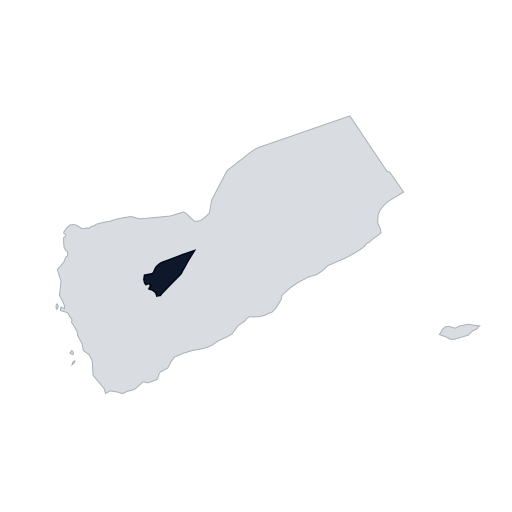 location of Ma'rib, Ma'rib, Yemen, rotated 349°
{"feature_id": "15242507B71405176462371", "entity_name": "Ma'rib", "entity_type": "district", "adm_level": 2, "iso_a3": "YEM", "parent_name": "Yemen", "parent_adm1": "Ma'rib", "projection": "mercator", "projection_center": [45.401, 15.638], "detail": "fine", "context": "in_parent", "style": "filled", "palette": "ink", "viewbox_px": 512, "rotation_deg": 349, "n_neighbors": 0, "source": "geoboundaries", "source_scale": "gbopen_adm2", "svg_char_len": 5425}
<svg xmlns="http://www.w3.org/2000/svg" viewBox="0 0 512 512"><g transform="rotate(349 256 256)"><path d="M413.1,221.4L395.7,227.8L391.1,230.7L387.0,234.2L383.8,238.6L381.7,246.3L383.3,253.3L383.2,257.1L378.7,259.5L374.5,261.3L369.8,264.1L367.0,264.8L364.7,266.9L362.0,268.5L352.3,272.4L341.7,275.5L324.9,279.1L318.4,283.1L312.4,285.8L303.5,286.6L291.1,290.4L284.3,293.4L275.8,298.3L273.9,299.9L272.4,303.5L269.7,306.6L264.6,311.7L260.8,314.3L258.2,314.5L253.2,315.9L247.3,316.2L237.4,314.4L234.8,315.7L232.7,317.6L225.1,321.1L217.3,328.1L211.6,330.0L202.4,332.2L196.0,335.1L191.6,336.2L186.1,336.8L175.8,336.6L166.0,337.6L156.9,339.6L152.7,343.3L147.8,349.2L139.9,351.6L138.1,353.7L135.6,358.1L130.5,359.2L125.8,359.9L121.1,358.0L112.2,363.3L108.8,364.1L103.6,364.3L100.0,365.4L97.4,365.1L94.1,363.1L87.2,360.6L82.1,362.2L81.7,357.3L73.3,342.1L75.1,328.9L75.0,327.0L73.4,321.1L68.4,315.7L68.5,308.9L66.9,304.0L65.5,298.9L66.0,297.6L66.0,296.4L63.5,288.6L62.6,287.0L62.3,285.4L63.1,284.1L63.1,282.7L61.8,280.3L60.3,275.7L53.5,272.2L54.9,268.8L56.2,270.0L58.0,271.0L58.4,268.8L58.4,267.2L55.6,257.1L59.8,243.6L58.4,231.4L64.8,226.4L66.5,224.9L67.4,223.6L68.9,220.8L71.0,219.9L71.7,217.0L71.7,215.5L70.3,214.3L69.3,210.8L69.7,206.5L70.0,204.7L70.7,201.3L72.9,200.1L73.5,199.1L71.7,197.0L71.9,195.8L75.7,192.2L77.2,191.2L79.7,190.1L81.7,190.1L83.9,190.7L85.9,191.7L87.8,193.5L89.9,195.5L93.0,196.3L95.2,196.1L96.9,197.0L98.4,196.5L100.1,195.5L102.8,195.5L105.2,194.4L112.0,193.8L118.6,194.1L125.5,193.2L132.4,193.2L139.4,193.3L140.9,193.5L142.4,194.1L148.3,197.2L152.7,197.8L161.7,198.7L171.2,199.6L179.5,200.4L186.5,199.7L192.3,199.1L193.8,199.2L195.6,201.1L199.1,205.9L202.4,210.4L208.2,210.7L211.9,209.0L216.0,206.6L218.5,204.7L221.4,197.3L223.2,192.6L227.5,187.2L231.1,182.7L235.8,176.7L238.5,173.4L243.7,166.9L248.6,164.3L258.2,159.4L267.5,154.6L273.7,151.5L278.8,150.0L287.6,148.8L297.8,147.3L308.0,145.9L318.9,144.3L331.1,142.6L339.4,141.4L350.1,139.9L358.9,138.6L366.8,137.5L374.9,136.4L376.4,140.0L377.9,143.6L379.5,147.3L381.0,150.9L382.5,154.6L384.0,158.2L385.6,161.8L387.1,165.4L388.6,169.1L390.1,172.7L391.7,176.3L393.2,179.9L394.7,183.5L396.2,187.2L397.8,190.8L399.3,194.4L400.8,197.9L403.3,199.1L404.7,202.4L406.8,207.2L408.9,211.9L411.0,216.7L413.1,221.4ZM436.5,364.4L438.6,364.8L441.8,363.6L451.1,363.5L462.2,367.4L460.1,368.4L458.9,369.8L454.0,371.1L449.1,374.2L434.9,375.6L430.8,374.8L427.4,371.9L421.0,368.1L423.5,365.6L424.1,364.5L425.0,363.5L428.6,361.6L432.2,361.9L436.5,364.4ZM58.0,317.1L57.5,317.9L56.9,317.7L54.8,315.8L57.1,313.7L58.4,315.7L58.0,317.1ZM51.2,269.6L50.1,270.4L49.8,269.1L50.5,265.9L51.6,265.0L52.4,267.3L51.9,268.6L51.2,269.6ZM56.9,326.6L54.6,327.7L56.2,324.9L57.8,324.3L58.2,324.4L56.9,326.6Z" fill="#d9dde1" stroke="#a8b0b8" stroke-width="1"/><path d="M142.9,253.5L142.8,253.8L142.7,254.0L142.6,254.3L142.5,254.5L142.4,254.8L142.4,255.0L142.3,255.3L142.2,255.4L142.2,255.5L142.0,255.9L142.0,256.0L141.9,256.2L141.9,256.3L141.9,256.5L141.8,256.8L141.7,256.9L141.6,257.1L141.6,257.3L141.5,257.5L141.5,257.8L141.4,257.8L141.4,258.0L141.4,258.3L141.5,258.5L141.5,258.8L141.5,259.0L141.5,259.3L141.5,259.5L141.5,259.8L141.5,260.0L141.5,260.3L141.5,260.5L141.5,260.8L141.6,261.0L141.7,261.3L141.7,261.5L141.8,261.6L141.8,261.8L141.9,262.0L142.0,262.3L142.1,262.5L142.3,262.8L142.3,263.0L142.5,263.1L142.8,263.1L143.0,263.1L143.4,263.1L143.6,263.0L143.9,262.9L144.1,262.8L144.3,262.7L144.5,262.6L144.8,262.6L145.0,262.6L145.3,262.7L145.4,262.8L145.5,262.8L145.8,263.0L146.0,263.2L146.1,263.3L146.2,263.5L146.3,263.6L146.5,263.8L146.5,263.7L146.8,263.7L146.8,263.8L146.8,264.0L147.0,264.0L147.0,263.9L147.3,263.8L147.2,263.9L147.1,264.0L147.1,264.4L147.2,264.5L147.3,264.6L147.4,264.8L147.5,264.9L147.5,265.1L147.3,265.4L147.2,265.5L147.2,265.4L146.9,265.4L146.5,265.3L146.5,265.5L146.5,265.8L146.3,265.8L146.2,265.9L146.2,266.0L145.9,266.2L145.8,266.3L145.8,266.5L145.7,266.6L145.4,266.6L145.4,266.8L145.4,267.1L145.4,267.3L145.2,267.5L145.0,267.8L144.9,267.8L144.8,268.0L144.7,268.0L144.8,268.2L145.0,268.3L145.3,268.4L145.5,268.5L145.8,268.6L146.0,268.7L146.1,268.8L146.3,268.9L146.5,268.9L146.6,269.0L146.8,269.1L147.0,269.2L147.1,269.3L147.3,269.4L147.4,269.5L147.5,269.6L147.7,269.8L147.8,269.8L148.0,269.9L148.0,270.0L148.3,270.2L148.4,270.3L148.5,270.4L148.6,270.5L148.8,270.7L148.8,270.8L149.0,271.0L149.3,271.3L149.5,271.5L149.8,271.8L149.9,272.0L150.0,272.1L150.0,272.3L150.1,272.5L150.3,272.7L150.3,272.8L150.4,273.0L150.5,273.1L150.5,273.3L150.6,273.5L150.6,273.8L150.7,274.0L150.7,274.3L150.8,274.5L150.8,274.8L150.9,275.0L150.9,275.3L150.9,275.5L151.0,275.6L150.9,276.4L151.4,276.4L152.3,276.4L154.8,276.5L154.8,276.4L154.9,276.2L155.0,275.9L156.3,275.0L157.8,273.9L161.7,271.2L162.9,270.3L166.1,268.1L168.3,266.6L174.4,262.4L177.9,260.0L179.0,259.2L179.3,258.9L181.4,256.2L184.3,252.9L185.0,252.0L187.3,249.2L189.6,246.5L189.9,246.2L190.1,246.0L196.7,238.9L184.1,240.6L178.8,241.6L168.9,243.3L167.2,243.6L164.1,244.0L163.6,244.1L162.6,244.3L161.8,244.5L161.3,244.7L160.8,244.8L160.3,245.0L159.8,245.3L159.5,245.4L159.0,245.7L158.8,245.8L158.3,246.1L157.5,246.5L156.6,247.2L156.1,247.5L155.8,247.8L154.6,249.0L153.8,250.3L153.1,251.3L152.7,251.9L152.5,252.1L152.4,252.2L152.1,252.6L151.7,253.0L151.4,253.2L151.1,253.4L150.9,253.5L150.4,253.5L150.0,253.5L148.8,253.5L144.2,253.5L143.0,253.5L142.9,253.5L142.9,253.5Z" fill="#0f172a" stroke="#020617" stroke-width="1.5"/></g></svg>